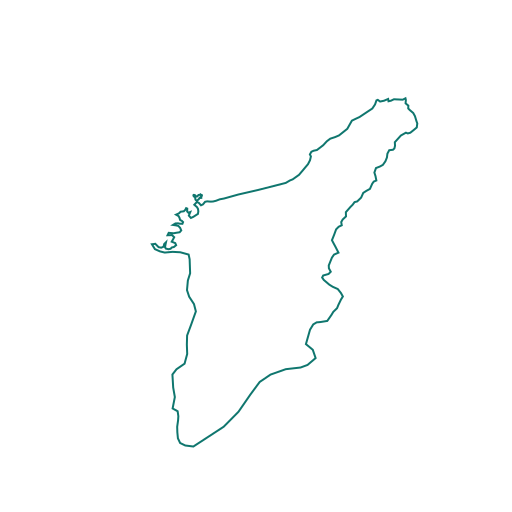 Kota Belud, Sabah, Malaysia (Robinson projection), rotated 22°
{"feature_id": "92858781B56547277278247", "entity_name": "Kota Belud", "entity_type": "district", "adm_level": 2, "iso_a3": "MYS", "parent_name": "Malaysia", "parent_adm1": "Sabah", "projection": "robinson", "projection_center": [116.462, 6.343], "detail": "fine", "context": "isolated", "style": "outline", "palette": "teal", "viewbox_px": 512, "rotation_deg": 22, "n_neighbors": 0, "source": "geoboundaries", "source_scale": "gbopen_adm2", "svg_char_len": 3336}
<svg xmlns="http://www.w3.org/2000/svg" viewBox="0 0 512 512"><g transform="rotate(22 256 256)"><path d="M269.3,456.1L290.0,426.4L298.1,407.0L302.7,386.5L306.6,371.4L313.9,360.5L326.0,349.8L339.1,342.7L344.6,337.7L349.5,328.3L343.8,321.7L335.3,319.0L333.7,304.1L334.7,298.0L337.1,294.8L340.3,293.2L346.4,289.5L348.0,282.5L348.6,278.8L350.7,274.0L350.7,270.6L351.1,264.5L351.7,261.0L348.6,258.5L344.2,256.0L338.7,255.8L334.7,255.1L327.8,252.8L325.4,251.2L325.6,248.9L330.0,245.5L331.2,242.6L328.2,240.1L327.0,237.5L327.0,229.1L327.8,225.5L331.2,222.0L326.0,217.5L323.2,215.2L320.5,212.9L320.5,207.4L320.3,201.3L321.7,197.9L324.0,195.4L322.3,192.6L322.7,189.7L324.6,185.6L322.9,181.7L325.2,175.1L326.4,172.3L327.2,169.1L329.4,167.5L331.6,162.5L331.8,157.3L333.9,154.3L336.5,151.1L336.7,145.4L337.3,142.9L339.3,140.9L336.9,137.2L334.5,134.3L334.3,129.5L337.3,126.7L339.5,124.0L340.5,119.7L340.5,115.6L339.5,111.9L339.9,108.0L343.2,106.2L344.0,104.4L343.6,101.7L342.1,98.5L345.2,90.0L348.8,85.5L350.8,85.5L352.9,83.9L355.1,80.0L356.9,76.6L355.9,72.7L354.3,70.9L351.0,66.8L348.2,64.5L344.0,63.1L341.9,62.2L340.9,59.5L339.3,59.0L337.5,58.4L336.5,55.2L335.5,53.8L333.5,56.1L325.2,59.0L322.9,61.5L320.9,62.9L319.7,60.9L316.5,64.1L313.2,66.3L310.4,65.6L309.4,66.6L309.6,70.9L308.6,75.7L305.5,80.2L302.7,84.3L299.9,88.4L296.9,91.6L294.2,94.6L293.0,103.9L287.8,113.1L284.7,116.2L280.9,119.4L278.7,123.1L276.8,128.1L272.8,134.9L270.0,136.8L268.3,138.6L267.9,141.6L269.6,143.1L270.2,147.0L269.8,151.4L265.5,164.6L261.3,171.2L259.2,173.2L256.2,177.1L233.2,194.0L216.6,205.6L204.8,214.7L201.2,217.0L198.2,219.8L195.7,221.6L193.3,222.7L190.3,223.6L188.5,224.8L187.5,228.0L186.0,229.6L183.2,228.2L181.0,228.0L179.6,231.6L183.0,232.8L184.6,234.1L185.8,236.2L186.4,238.7L183.2,243.2L181.4,245.1L178.6,243.7L178.6,239.8L177.1,241.2L175.5,240.5L174.5,237.8L173.3,237.8L173.1,239.8L172.3,241.6L169.5,243.2L168.6,245.3L166.4,247.6L169.3,248.0L170.7,249.2L172.1,251.0L174.1,251.2L175.7,251.9L175.7,253.7L173.3,254.6L171.5,254.9L169.1,256.0L167.4,258.3L170.3,257.6L172.7,257.2L175.1,258.3L177.1,260.3L176.3,262.6L173.1,264.5L171.1,265.8L166.4,267.2L166.2,269.9L170.3,268.1L173.1,269.2L172.9,271.3L172.5,274.3L176.3,274.3L177.9,275.9L176.5,278.4L174.7,279.7L174.1,281.3L172.3,282.5L169.7,282.9L168.4,282.0L167.8,279.3L167.4,277.0L166.4,279.3L166.8,282.0L165.0,283.8L162.4,284.3L158.0,282.4L157.3,282.9L155.1,284.1L159.7,287.5L165.2,287.7L170.1,287.0L177.1,283.4L184.4,280.9L193.0,279.9L195.7,283.9L201.4,296.7L202.0,304.2L204.8,313.5L209.3,318.8L216.5,323.8L221.0,329.9L221.6,344.5L221.9,355.5L225.1,364.1L228.9,372.6L230.1,382.6L224.7,390.8L222.9,397.2L228.5,409.0L233.6,417.2L235.8,428.6L241.5,429.3L244.0,433.6L245.3,437.5L246.9,443.9L249.1,448.9L251.9,454.3L255.7,457.8L261.4,458.2L269.3,456.1ZM181.8,219.8L181.4,219.7L181.3,220.3L180.9,220.4L180.1,220.8L179.8,221.0L179.5,222.0L179.3,222.5L179.0,222.9L178.5,223.1L178.1,223.1L177.5,222.8L176.8,222.5L175.9,222.5L175.3,222.7L175.2,223.0L175.4,223.5L175.7,223.8L176.2,224.1L177.1,224.3L177.8,224.6L178.0,225.0L178.2,225.6L178.7,226.3L179.3,226.7L180.0,226.8L180.6,226.5L181.1,225.8L181.4,225.2L181.7,224.6L181.8,223.7L182.0,223.1L182.7,223.0L183.5,222.6L183.2,221.9L182.8,221.6L183.2,221.0L183.2,220.3L183.1,219.9L182.6,219.8L182.2,220.0L181.8,219.8Z" fill="none" stroke="#0f766e" stroke-width="2"/></g></svg>